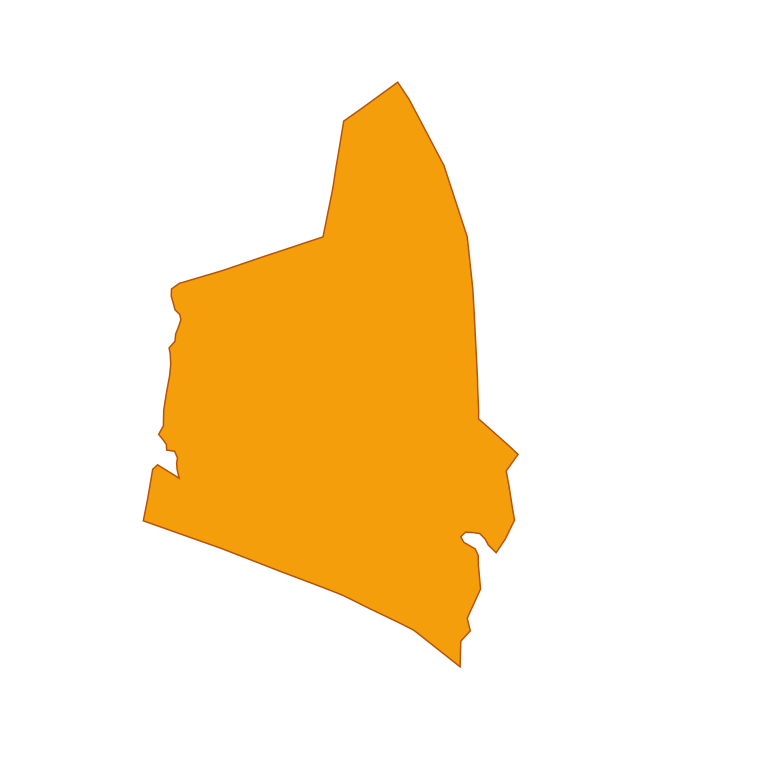 the district of Altinho, Pernambuco, Brazil, rotated 126°
{"feature_id": "56859067B14370835694684", "entity_name": "Altinho", "entity_type": "district", "adm_level": 2, "iso_a3": "BRA", "parent_name": "Brazil", "parent_adm1": "Pernambuco", "projection": "natural_earth1", "projection_center": [-36.08, -8.478], "detail": "fine", "context": "isolated", "style": "filled", "palette": "amber", "viewbox_px": 768, "rotation_deg": 126, "n_neighbors": 0, "source": "geoboundaries", "source_scale": "gbopen_adm2", "svg_char_len": 1203}
<svg xmlns="http://www.w3.org/2000/svg" viewBox="0 0 768 768"><g transform="rotate(126 384 384)"><path d="M568.1,156.2L546.9,170.7L541.1,170.0L533.0,169.1L524.7,178.9L518.6,180.2L493.1,185.4L475.0,201.2L467.4,206.9L463.8,213.2L465.2,226.3L462.5,232.1L455.9,230.9L451.4,223.9L448.7,218.7L450.0,210.9L452.9,205.1L454.6,194.1L438.2,194.7L430.4,196.1L417.4,198.4L409.3,206.7L393.4,222.6L382.5,234.0L362.1,234.2L360.5,247.2L356.6,287.0L349.4,292.1L339.9,299.8L331.2,306.6L325.1,311.2L274.0,352.4L254.8,368.1L216.1,403.1L172.1,463.8L138.9,531.1L131.8,550.3L170.7,562.9L195.0,571.1L226.3,555.4L236.9,550.2L253.3,541.7L258.0,539.4L300.8,519.8L351.8,556.4L387.5,581.6L422.8,608.7L432.0,611.8L438.0,607.8L442.6,601.8L446.8,596.7L447.8,590.2L451.4,586.1L459.0,583.7L466.1,581.9L472.3,578.2L481.1,579.1L485.2,574.7L493.6,568.0L503.5,562.2L517.8,555.4L527.9,550.3L534.7,546.8L547.5,537.9L557.2,536.7L559.0,529.9L560.9,524.4L565.2,521.0L561.5,513.9L565.1,507.7L570.0,505.2L574.9,501.0L580.6,494.3L582.5,519.7L589.0,521.0L615.0,508.1L636.2,498.3L612.8,419.5L596.2,356.4L584.2,312.7L579.2,293.3L574.2,263.8L568.4,232.2L565.7,215.3L566.0,206.6L568.1,156.2Z" fill="#f59e0b" stroke="#b45309" stroke-width="1.5"/></g></svg>